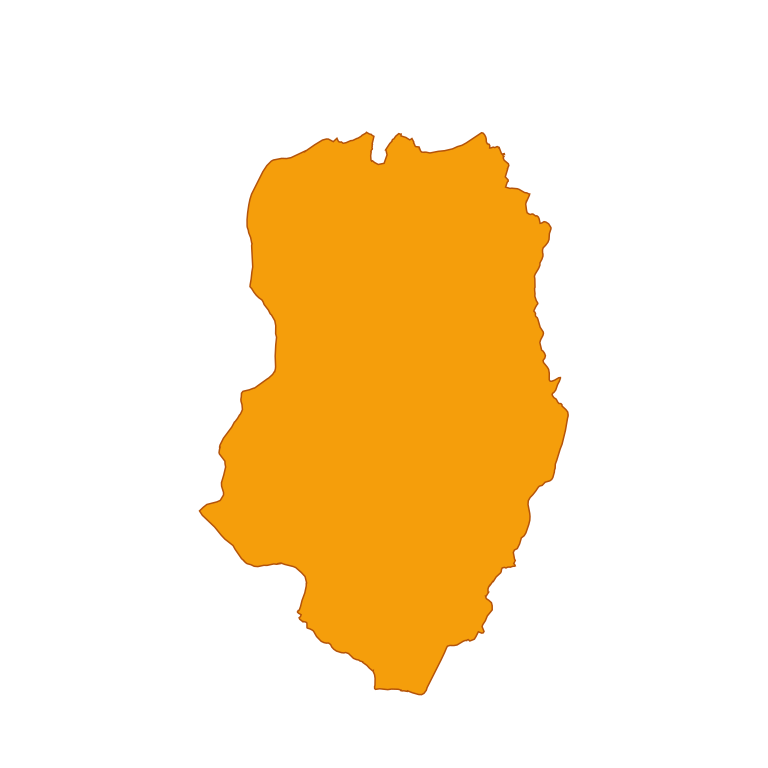 Rungwe, Mbeya, United Republic of Tanzania, rotated 211°
{"feature_id": "72390352B86695961679763", "entity_name": "Rungwe", "entity_type": "district", "adm_level": 2, "iso_a3": "TZA", "parent_name": "United Republic of Tanzania", "parent_adm1": "Mbeya", "projection": "equal_earth", "projection_center": [33.663, -9.236], "detail": "fine", "context": "isolated", "style": "filled", "palette": "amber", "viewbox_px": 768, "rotation_deg": 211, "n_neighbors": 0, "source": "geoboundaries", "source_scale": "gbopen_adm2", "svg_char_len": 6171}
<svg xmlns="http://www.w3.org/2000/svg" viewBox="0 0 768 768"><g transform="rotate(211 384 384)"><path d="M587.9,524.7L594.2,519.0L595.4,517.0L596.9,510.9L597.2,503.8L595.3,478.5L594.0,473.2L592.1,467.8L589.0,460.4L586.0,454.3L582.7,448.9L581.7,447.7L579.7,446.1L577.9,444.0L573.7,440.8L570.0,436.7L569.5,436.5L568.7,434.4L556.8,416.7L554.9,411.9L552.0,405.7L549.9,400.3L549.0,398.4L546.5,397.6L542.8,395.7L539.2,394.3L535.7,393.5L532.0,393.2L530.0,392.2L527.7,390.4L521.1,387.8L517.7,385.6L515.9,385.2L510.2,382.0L506.8,378.2L502.8,371.3L500.2,368.8L496.9,361.7L491.6,351.8L485.9,343.1L484.9,341.1L484.1,338.5L484.3,338.5L484.4,334.9L486.1,329.1L486.4,328.9L493.0,313.6L493.6,313.3L496.4,309.7L501.1,305.1L501.4,302.7L499.4,298.9L499.4,298.6L498.8,297.2L497.7,295.6L495.1,293.2L492.2,289.2L491.8,286.7L491.6,283.6L491.9,283.1L491.8,279.2L492.3,274.9L492.6,274.4L492.3,268.7L493.7,254.8L493.1,247.2L492.5,245.3L491.8,244.4L491.7,244.6L491.3,243.1L490.1,240.3L489.1,239.3L480.6,235.9L479.2,233.8L477.0,231.3L474.5,223.5L472.5,215.7L470.6,212.8L465.7,208.4L464.4,206.2L464.4,199.9L466.5,196.9L473.8,189.5L475.4,185.3L476.8,180.2L472.1,177.9L455.6,174.2L445.4,170.5L440.5,169.1L430.2,167.8L426.6,165.7L416.1,160.9L413.4,160.5L413.4,160.3L410.6,159.6L408.8,159.5L404.9,160.6L401.4,160.9L398.1,162.5L393.6,166.7L390.8,168.3L385.8,173.0L383.2,174.2L381.1,176.0L381.8,176.0L380.1,177.5L376.3,178.2L367.8,180.8L365.1,181.2L357.6,179.8L352.5,178.3L347.8,173.6L348.0,173.2L346.6,170.8L344.3,164.2L342.8,156.3L340.9,150.1L340.2,146.6L340.8,145.7L340.8,146.1L340.9,145.5L340.4,143.8L339.0,143.5L336.2,143.6L335.8,141.6L336.4,139.9L335.1,139.0L331.0,138.4L331.0,138.8L328.6,139.6L327.4,139.6L326.7,139.0L324.6,135.6L324.1,135.3L321.0,136.0L318.0,136.1L316.8,135.7L311.7,132.8L305.3,131.1L302.3,131.4L300.0,132.2L298.1,133.4L295.6,133.2L293.4,131.7L290.5,130.8L287.2,130.6L282.1,131.8L279.8,132.9L278.6,134.1L275.6,134.7L268.9,133.1L265.6,133.6L263.5,134.4L262.2,134.2L259.1,134.9L258.8,134.4L253.7,134.0L250.1,132.9L245.6,132.2L245.5,132.6L245.2,132.0L242.4,130.0L240.0,127.1L236.5,121.0L236.2,119.7L235.1,118.1L234.0,117.9L230.8,120.5L223.3,124.0L220.4,126.4L214.5,129.7L211.7,130.4L211.6,129.9L210.3,130.3L209.1,131.2L205.7,132.5L205.8,133.1L200.6,134.0L194.3,135.7L191.8,137.1L190.4,139.4L190.0,143.2L190.7,146.0L193.0,177.0L193.8,185.1L194.5,189.9L194.6,191.9L192.9,193.8L189.4,195.8L187.0,197.9L183.6,204.3L182.3,206.0L180.9,206.7L180.9,207.5L180.2,208.3L178.1,207.9L176.0,210.6L175.1,211.9L175.1,215.0L175.5,220.2L171.9,220.8L170.8,221.8L170.8,223.4L174.9,226.5L175.4,228.4L175.2,233.3L176.0,238.3L174.9,246.1L177.1,249.7L179.3,251.9L182.9,252.6L185.6,252.7L187.0,253.7L187.5,254.3L187.2,254.3L187.1,259.0L187.3,258.8L189.3,261.8L189.8,264.0L189.7,265.8L189.5,265.6L189.3,267.1L189.1,270.8L188.7,270.7L188.6,271.0L188.5,276.4L186.8,282.2L186.9,283.5L187.8,285.7L187.9,287.3L186.2,288.9L184.7,289.1L183.8,290.5L182.5,291.6L181.5,291.9L179.5,294.3L178.6,294.7L177.8,295.7L179.1,296.6L180.3,296.9L180.6,300.4L181.9,301.1L186.4,306.2L186.7,308.9L185.0,311.6L185.4,316.7L187.0,322.8L185.7,326.2L185.7,329.5L187.5,338.0L188.8,342.2L190.6,345.6L192.5,348.2L198.5,354.9L200.2,358.3L200.3,362.0L199.4,365.8L198.8,370.4L198.6,374.9L198.2,376.5L196.2,378.6L195.3,382.8L192.0,386.4L191.1,388.5L191.1,390.8L192.6,396.2L193.5,398.0L193.9,399.9L195.9,403.6L196.6,407.4L199.5,419.0L200.4,424.2L204.6,437.7L209.1,449.3L209.6,451.1L210.2,452.3L212.1,454.6L214.8,455.7L220.0,456.8L220.8,457.9L222.2,458.3L224.1,457.4L225.8,458.0L228.6,459.7L231.3,459.8L233.2,460.6L234.4,461.4L234.7,462.7L234.0,464.6L233.7,467.3L234.9,472.9L235.1,476.6L235.8,480.0L236.1,480.4L237.4,479.4L239.7,475.2L241.5,472.9L242.5,472.2L243.6,472.1L244.6,472.8L247.9,478.4L250.4,481.3L252.6,482.5L258.4,484.6L259.8,486.1L259.5,489.0L260.2,491.4L262.2,493.0L264.6,494.1L266.3,494.2L271.8,499.8L272.5,502.6L272.8,507.5L273.4,509.5L274.3,510.6L279.4,513.1L285.4,518.7L286.7,519.7L288.9,520.1L290.1,521.6L290.3,522.3L291.7,523.3L292.8,523.4L293.3,524.3L293.7,528.0L293.7,530.8L293.5,532.0L294.1,532.7L296.4,533.9L299.9,536.9L301.1,539.2L303.0,541.7L304.2,543.6L304.4,544.7L308.8,551.7L310.6,553.9L311.0,556.0L311.0,562.7L311.5,566.0L312.7,568.1L312.9,572.3L313.6,575.4L314.7,577.3L315.6,578.1L317.2,580.6L317.7,582.7L316.9,586.2L316.5,589.9L317.0,592.9L319.7,598.1L320.8,603.0L321.5,604.1L325.4,606.1L328.6,606.2L330.4,605.6L331.8,603.1L332.9,602.1L336.1,605.5L337.7,606.6L339.6,606.9L340.6,606.1L343.9,606.4L344.9,605.8L345.7,604.8L347.0,604.4L349.5,604.5L351.2,606.2L355.2,611.2L356.0,613.9L355.8,613.9L356.6,620.7L357.0,621.9L357.8,621.5L359.9,621.4L362.1,620.5L368.5,620.4L370.4,620.0L375.4,617.6L376.8,616.5L381.2,615.4L382.3,620.4L382.0,621.9L382.8,622.9L386.7,624.0L388.8,632.2L389.1,632.2L389.5,635.5L390.8,636.8L396.3,637.7L398.3,639.2L398.4,640.9L399.0,640.7L399.6,640.9L399.8,641.4L399.9,642.6L399.1,642.9L399.6,643.4L401.3,641.8L402.5,642.4L406.2,645.3L406.8,645.3L407.1,646.1L409.3,645.8L410.8,643.7L412.4,643.3L413.9,641.5L415.0,640.7L416.0,642.7L417.4,643.6L419.1,643.1L421.0,644.3L422.6,646.7L424.0,648.1L426.3,649.5L428.3,650.1L429.8,649.6L437.7,632.9L440.1,628.8L443.3,625.3L446.4,620.8L452.2,615.2L457.3,611.4L463.6,605.7L467.3,604.4L469.0,603.4L469.0,603.2L471.1,602.2L472.7,602.6L475.0,604.4L475.1,604.2L476.0,605.2L479.2,603.8L480.3,604.2L481.4,605.2L482.7,605.8L483.0,606.7L486.5,608.8L487.1,607.4L487.8,606.5L492.3,606.6L497.2,605.4L498.0,607.0L498.3,606.7L500.3,606.2L501.6,602.4L501.8,599.1L502.5,598.2L502.6,597.0L502.2,596.3L502.9,593.2L503.2,585.4L502.8,585.5L499.4,582.0L497.6,573.2L502.0,569.2L506.1,569.0L508.9,569.4L509.3,568.7L510.6,569.4L513.0,572.8L514.5,576.3L514.9,576.4L515.3,578.2L515.0,579.1L515.2,579.7L516.0,580.3L516.3,581.3L517.0,582.3L517.2,583.3L517.8,583.7L520.2,591.1L522.2,591.0L523.5,591.4L525.0,590.8L528.7,590.7L528.8,589.6L530.9,585.9L531.2,584.6L532.8,581.5L533.8,580.4L536.2,576.7L537.9,575.4L540.8,571.3L542.5,569.7L543.0,569.3L545.3,569.5L546.0,568.8L547.4,568.4L548.8,568.9L550.9,570.4L552.3,565.6L557.8,565.3L559.6,564.3L562.4,561.4L566.6,553.4L571.4,542.7L571.6,543.1L580.3,530.1L583.6,527.1L587.9,524.7Z" fill="#f59e0b" stroke="#b45309" stroke-width="1.5"/></g></svg>